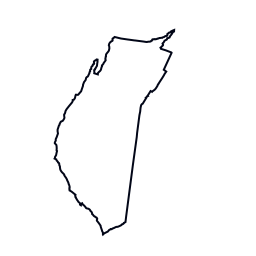 the district of San Pablo del Monte, Tlaxcala, Mexico, rotated 158°
{"feature_id": "50627088B8898417046672", "entity_name": "San Pablo del Monte", "entity_type": "district", "adm_level": 2, "iso_a3": "MEX", "parent_name": "Mexico", "parent_adm1": "Tlaxcala", "projection": "albers", "projection_center": [-98.142, 19.161], "detail": "fine", "context": "isolated", "style": "outline", "palette": "ink", "viewbox_px": 256, "rotation_deg": 158, "n_neighbors": 0, "source": "geoboundaries", "source_scale": "gbopen_adm2", "svg_char_len": 5795}
<svg xmlns="http://www.w3.org/2000/svg" viewBox="0 0 256 256"><g transform="rotate(158 128 128)"><path d="M206.0,123.9L205.7,122.9L205.7,122.5L205.8,122.3L205.8,122.2L205.2,121.4L205.1,121.2L205.2,120.5L205.6,119.3L205.5,119.0L205.5,118.7L205.6,117.6L205.7,117.3L205.9,116.8L206.3,115.0L206.3,114.0L206.2,113.3L205.9,112.0L205.4,110.8L204.8,109.4L204.6,108.8L204.6,108.6L204.7,108.3L204.8,108.1L204.6,106.9L204.1,105.0L204.0,104.0L203.9,103.3L203.9,102.7L204.0,102.2L203.8,100.6L203.8,99.5L204.0,98.2L203.9,97.9L204.0,96.3L204.1,95.5L204.3,95.1L204.5,94.9L204.5,94.3L204.9,94.1L205.3,93.3L205.3,92.6L205.2,92.3L205.3,92.1L205.5,91.9L204.7,90.9L204.0,89.9L201.7,85.7L202.4,85.0L202.4,84.8L202.3,84.5L202.3,84.2L202.6,83.7L202.4,83.1L202.5,83.0L202.3,81.6L202.2,81.1L202.2,80.9L202.1,80.2L201.9,79.5L201.6,77.9L201.0,76.9L200.6,75.9L201.2,75.1L201.2,74.9L201.0,74.5L200.6,74.0L200.3,74.5L199.9,74.8L199.3,75.3L198.7,75.4L198.5,73.9L198.2,73.4L197.7,72.5L197.0,70.4L196.9,69.7L196.7,69.3L196.1,68.7L195.4,68.3L195.0,68.0L194.7,67.7L194.4,67.2L194.0,66.5L194.0,66.2L193.9,65.7L193.9,65.3L193.8,64.9L193.4,64.3L193.3,63.8L193.2,63.5L193.2,62.5L193.5,61.8L193.4,61.6L193.4,61.4L193.2,61.2L192.9,60.4L192.7,59.5L192.3,58.8L191.9,58.4L191.6,57.7L191.4,57.3L190.9,57.0L190.7,56.7L190.6,56.2L190.5,55.5L190.7,55.1L191.3,54.5L191.5,54.1L191.5,53.8L191.5,53.4L191.3,52.9L190.6,50.4L190.0,47.7L190.2,47.1L190.3,46.3L190.4,44.4L190.5,42.7L190.6,42.1L190.6,41.7L190.5,41.1L190.4,40.4L190.5,39.9L191.0,39.2L191.1,38.8L191.1,38.6L189.6,39.2L188.7,39.3L186.1,39.5L185.6,39.5L184.8,39.9L184.4,40.1L183.7,40.5L183.1,40.6L182.7,40.6L182.2,40.5L181.8,40.8L181.6,40.7L181.4,40.6L181.4,40.4L181.0,40.3L180.0,40.6L179.6,40.5L179.2,40.6L178.5,40.5L178.2,40.6L177.8,40.6L176.7,40.7L175.9,40.7L175.2,40.4L174.5,40.3L173.9,40.2L172.5,40.3L172.0,40.3L170.8,40.4L170.7,40.5L170.3,40.6L170.1,40.8L169.9,40.9L169.6,40.8L169.3,40.8L169.1,40.9L168.6,40.9L168.2,40.9L167.5,41.5L167.1,41.4L166.8,41.6L165.6,41.7L162.9,46.6L137.2,92.1L123.3,116.3L121.4,120.0L112.6,135.6L110.6,138.6L108.8,142.0L107.3,144.2L106.3,144.9L105.6,145.0L105.3,145.0L99.9,149.0L100.1,149.4L98.8,149.9L98.5,150.2L98.0,150.2L97.8,150.2L97.9,150.4L93.2,153.8L92.2,152.6L92.0,152.8L90.8,153.0L89.3,153.4L88.7,153.6L87.5,154.2L85.1,155.9L84.5,156.5L84.4,156.7L83.7,157.2L83.3,157.5L83.0,157.6L82.9,157.8L82.5,158.0L82.3,158.2L80.6,159.4L77.7,161.4L75.0,163.4L74.1,164.2L71.4,166.0L72.1,167.1L72.4,167.7L73.0,168.6L59.4,181.4L59.5,181.8L63.8,185.8L67.7,189.0L67.5,189.5L67.8,190.0L67.8,190.3L67.1,190.4L66.6,190.8L65.4,191.2L64.9,191.4L64.6,191.6L64.3,192.0L64.4,193.3L64.0,193.6L63.1,193.9L62.7,194.1L62.0,194.8L61.3,195.2L60.2,195.4L59.2,195.4L58.5,195.8L58.0,196.6L56.6,196.3L55.5,196.4L55.3,196.6L55.1,197.0L54.6,197.3L54.1,197.7L53.4,198.0L52.8,198.4L52.1,198.8L51.2,199.6L50.7,199.8L50.1,200.2L49.2,200.2L49.0,200.5L48.9,200.8L48.5,201.6L50.0,201.6L50.9,201.5L51.7,201.5L52.1,201.4L52.7,200.8L53.1,200.8L54.0,201.1L54.4,201.0L55.0,200.6L55.7,200.6L56.0,200.6L56.4,200.3L56.7,199.5L57.0,199.0L57.2,198.9L57.5,198.9L58.0,199.0L58.9,199.2L59.7,199.1L60.2,198.9L60.4,198.9L60.9,198.9L61.7,199.0L62.0,199.0L62.2,198.9L62.6,198.8L63.3,199.2L64.0,199.3L64.8,199.5L65.2,199.7L65.5,199.7L66.0,199.6L66.4,199.6L66.7,199.7L67.3,199.9L67.8,199.7L68.3,199.8L69.2,199.9L69.4,200.1L69.6,200.3L69.9,200.4L70.2,200.5L70.6,200.4L70.9,200.6L71.4,200.9L72.2,201.0L72.4,200.9L72.6,200.4L73.3,200.0L73.6,200.1L73.8,200.1L74.0,200.0L74.4,199.8L74.7,199.9L75.1,199.8L75.5,199.9L75.9,200.1L77.2,200.5L78.0,200.6L78.8,200.9L81.5,202.5L88.8,206.6L89.8,207.1L90.1,207.3L92.0,208.4L92.9,208.9L93.2,209.1L95.0,210.1L101.0,213.6L103.1,215.1L106.3,217.4L106.7,217.2L107.0,217.2L107.7,216.8L108.5,216.8L109.0,216.5L109.1,216.3L109.3,215.3L109.6,214.8L110.2,214.6L111.1,214.6L111.9,214.2L112.3,214.2L113.0,213.8L113.9,213.1L114.4,212.4L114.8,211.9L114.8,210.8L115.2,209.5L115.5,208.7L116.6,207.1L117.4,206.4L118.5,205.8L119.8,205.1L120.3,204.8L121.0,204.1L121.1,203.9L121.3,203.5L121.5,202.8L121.7,202.5L122.0,202.4L122.3,201.8L122.6,201.4L122.8,200.9L123.2,200.5L123.2,199.6L123.4,199.1L124.7,198.3L126.3,197.3L126.7,196.8L127.7,196.2L128.7,195.8L128.9,195.0L129.5,194.5L130.2,193.7L130.8,192.8L131.5,192.0L132.4,191.4L134.1,190.8L135.3,190.2L135.9,189.0L138.8,191.4L138.3,192.3L137.8,194.1L137.5,194.5L137.2,194.6L136.9,194.5L136.6,194.6L136.2,195.4L135.6,195.6L134.9,196.2L134.4,196.6L133.8,197.0L133.4,197.4L133.3,197.8L132.9,198.3L132.4,199.3L131.5,200.7L130.9,202.2L130.6,202.8L131.3,203.3L131.9,203.2L132.5,202.8L133.5,202.9L134.1,202.7L134.7,202.4L134.9,202.0L135.2,200.5L135.8,200.0L136.6,200.1L137.0,199.8L137.3,199.1L137.8,198.8L138.5,198.7L139.0,198.4L139.7,197.3L140.0,196.5L140.8,196.4L141.2,196.2L141.6,195.5L141.9,194.7L142.5,194.4L142.9,194.0L143.2,193.3L144.7,192.0L145.3,191.3L146.1,190.8L147.3,190.6L148.2,190.0L148.7,189.2L149.3,188.4L150.1,187.9L151.6,187.0L152.5,186.0L153.6,184.8L153.9,184.0L156.1,181.5L156.6,180.9L157.2,180.2L157.8,179.5L158.8,179.1L159.4,178.7L160.0,178.5L160.6,178.1L161.5,177.6L162.1,177.5L163.2,178.1L163.9,178.4L164.7,177.5L165.4,176.4L166.3,175.3L167.7,174.5L168.8,174.7L169.3,173.5L170.4,172.6L174.5,170.4L177.1,168.9L178.1,168.3L179.6,167.1L180.4,165.9L181.2,165.0L182.1,164.5L182.6,163.3L183.1,161.3L183.8,160.5L184.6,159.9L185.8,159.1L188.0,159.0L188.6,158.4L189.6,157.7L190.3,156.6L191.1,156.2L192.4,154.6L193.8,153.0L194.5,151.4L195.0,149.1L196.2,147.8L197.4,146.4L199.2,144.7L199.7,143.4L201.2,142.1L201.6,141.2L201.4,140.8L200.8,139.2L201.0,138.0L201.7,135.9L202.6,134.0L202.4,133.3L203.5,131.8L204.8,129.8L205.8,129.0L206.4,128.6L207.1,127.5L207.2,127.3L207.5,127.1L206.9,126.4L206.6,126.1L206.3,125.8L206.4,125.5L206.3,125.1L206.3,124.8L206.3,124.6L206.3,124.4L206.0,123.9Z" fill="none" stroke="#020617" stroke-width="2"/></g></svg>